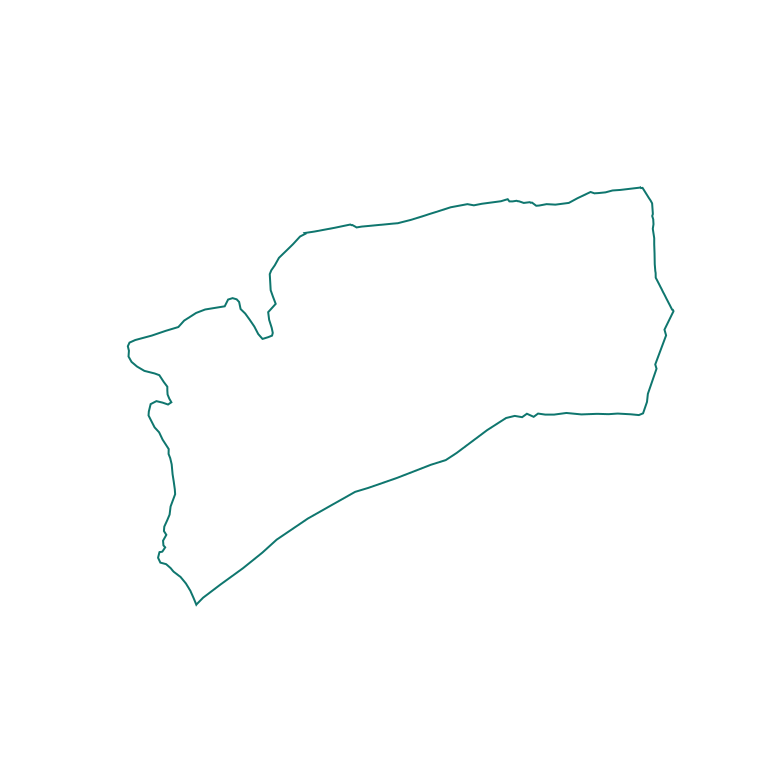 the district of Habila - SK, South Kordufan, Sudan, rotated 19°
{"feature_id": "16777658B69543543335458", "entity_name": "Habila - SK", "entity_type": "district", "adm_level": 2, "iso_a3": "SDN", "parent_name": "Sudan", "parent_adm1": "South Kordufan", "projection": "orthographic", "projection_center": [30.058, 11.931], "detail": "fine", "context": "isolated", "style": "outline", "palette": "teal", "viewbox_px": 768, "rotation_deg": 19, "n_neighbors": 0, "source": "geoboundaries", "source_scale": "gbopen_adm2", "svg_char_len": 3465}
<svg xmlns="http://www.w3.org/2000/svg" viewBox="0 0 768 768"><g transform="rotate(19 384 384)"><path d="M633.7,223.4L633.8,223.1L633.8,222.4L633.9,222.1L633.9,221.8L634.0,221.5L634.0,221.3L634.0,220.9L633.6,220.4L633.3,220.2L632.9,219.8L632.2,219.9L631.9,219.6L629.6,217.4L629.2,217.0L628.7,216.5L627.2,215.1L624.6,212.6L623.1,211.2L622.7,210.8L621.7,209.8L621.3,209.4L619.1,207.3L618.2,206.5L616.6,204.9L615.2,203.5L613.8,202.2L612.8,201.2L607.8,196.4L607.0,195.7L606.3,195.0L604.7,190.6L603.6,188.6L603.5,188.3L601.0,182.6L597.2,172.2L594.0,163.9L592.0,158.1L587.6,149.7L586.8,145.2L585.2,141.3L585.1,140.9L582.9,137.8L582.9,137.1L582.9,135.9L582.8,135.6L582.2,134.1L581.8,133.2L578.7,125.9L576.3,123.7L573.9,121.9L567.0,116.3L564.6,114.4L563.2,115.1L562.4,114.7L561.9,114.4L561.7,114.3L561.5,114.2L561.7,114.3L562.4,114.8L560.8,115.6L544.2,123.6L537.1,126.6L531.0,130.7L524.5,133.7L521.8,134.8L521.0,135.2L518.6,135.2L516.8,135.2L506.5,145.3L499.8,152.6L487.7,158.6L479.2,161.0L472.5,164.8L469.9,165.9L464.9,164.3L463.6,164.9L462.7,164.6L457.2,167.3L451.9,167.3L451.3,167.6L449.7,167.6L446.1,169.5L443.1,170.5L440.8,169.0L439.5,169.9L435.1,173.1L429.7,175.8L417.9,181.7L410.8,185.8L404.3,186.8L389.5,195.2L377.2,204.4L371.2,208.8L368.6,210.8L366.6,212.3L355.8,220.2L347.7,225.5L344.7,227.5L344.2,227.7L339.9,229.6L332.5,233.0L329.2,234.5L328.9,234.6L326.5,235.7L318.6,239.3L311.5,242.5L307.1,244.9L305.8,244.6L302.3,244.0L301.6,244.4L300.2,244.2L286.6,252.3L268.6,262.5L259.8,267.1L260.7,267.6L256.6,271.9L252.4,281.5L250.8,284.7L243.6,298.9L242.1,307.3L240.5,312.9L240.4,313.3L240.2,317.3L243.2,324.6L246.3,332.2L250.5,337.5L253.6,341.2L255.5,343.5L251.1,353.8L254.5,360.7L259.5,367.4L262.2,371.9L262.4,374.7L259.3,377.4L258.6,377.9L255.2,380.4L254.4,380.9L248.8,377.7L242.7,371.9L236.0,366.9L229.9,362.6L224.0,359.8L220.3,353.6L217.1,351.9L213.2,352.1L212.9,352.1L209.1,354.9L208.1,362.4L190.6,371.8L183.2,378.0L174.4,389.1L171.0,397.1L160.3,404.8L148.7,413.8L134.5,423.4L129.9,427.7L129.5,431.7L132.0,435.6L133.5,441.2L138.1,445.3L144.8,447.9L153.2,449.6L163.7,448.7L168.7,448.8L175.0,453.7L180.0,457.1L181.3,460.8L182.8,464.4L185.7,467.7L188.9,470.5L186.5,473.7L186.0,473.7L180.7,473.7L174.4,474.3L174.0,474.7L169.9,479.0L170.6,486.6L171.6,490.4L175.8,494.5L181.2,499.7L187.1,502.9L192.8,508.7L197.4,512.3L201.6,515.6L203.1,520.3L206.0,523.7L209.4,529.1L213.5,538.2L216.9,544.6L220.5,551.7L222.4,556.2L222.1,569.3L223.8,577.3L223.4,583.3L222.7,590.4L223.8,594.7L227.3,597.5L226.1,604.1L228.0,608.4L230.3,609.7L229.0,614.6L228.7,614.9L227.2,615.7L226.5,616.0L226.5,616.9L226.9,621.6L227.1,621.9L227.1,622.0L230.3,625.3L230.7,625.7L236.2,625.3L236.7,625.3L238.7,626.1L242.3,627.6L245.0,629.3L246.3,630.0L252.9,632.2L254.3,632.6L258.4,635.1L261.8,637.2L262.0,637.4L264.8,639.7L265.8,640.5L266.2,640.9L268.3,642.6L268.9,643.3L271.9,646.5L273.3,648.0L275.8,650.8L277.7,653.0L278.4,653.8L278.5,653.5L278.5,653.4L282.5,645.0L294.9,626.5L310.7,604.0L323.9,583.0L333.2,566.1L355.8,536.0L375.1,514.2L391.8,495.4L402.9,487.4L426.7,468.7L454.5,445.2L467.2,435.8L475.1,425.6L496.5,394.1L505.1,383.2L510.5,376.4L518.0,371.6L525.4,370.4L528.8,365.6L536.2,366.3L539.3,361.8L546.6,360.4L554.7,357.6L565.9,352.0L580.5,348.5L595.3,342.8L606.2,339.4L614.5,335.9L627.2,332.3L635.1,330.4L638.5,327.4L638.5,323.8L638.5,315.3L636.7,307.4L636.7,299.4L636.7,280.8L634.1,277.2L634.9,246.2L631.5,241.3L633.7,223.5L633.7,223.4Z" fill="none" stroke="#0f766e" stroke-width="2"/></g></svg>